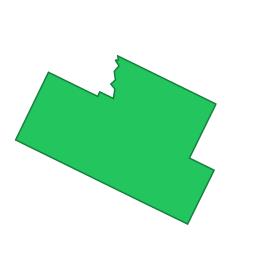 Garvin, Oklahoma, United States of America (Equal Earth projection), rotated 206°
{"feature_id": "52423323B22707808091897", "entity_name": "Garvin", "entity_type": "district", "adm_level": 2, "iso_a3": "USA", "parent_name": "United States of America", "parent_adm1": "Oklahoma", "projection": "equal_earth", "projection_center": [-97.251, 34.681], "detail": "fine", "context": "isolated", "style": "filled", "palette": "green", "viewbox_px": 256, "rotation_deg": 206, "n_neighbors": 0, "source": "geoboundaries", "source_scale": "gbopen_adm2", "svg_char_len": 517}
<svg xmlns="http://www.w3.org/2000/svg" viewBox="0 0 256 256"><g transform="rotate(206 128 128)"><path d="M223.8,68.0L131.6,67.8L82.8,67.7L32.3,67.8L32.1,127.8L59.6,127.9L59.6,129.1L59.5,168.0L59.4,186.8L59.6,188.1L114.5,188.2L168.8,188.3L167.5,186.3L167.1,185.9L166.4,184.7L166.7,184.4L167.7,184.2L168.7,183.8L168.8,183.2L163.3,179.9L165.2,172.9L160.4,165.8L162.7,160.0L156.9,157.3L154.1,148.1L169.2,148.1L169.1,143.1L223.9,143.2L223.8,82.9L223.8,68.0Z" fill="#22c55e" stroke="#15803d" stroke-width="1.5"/></g></svg>